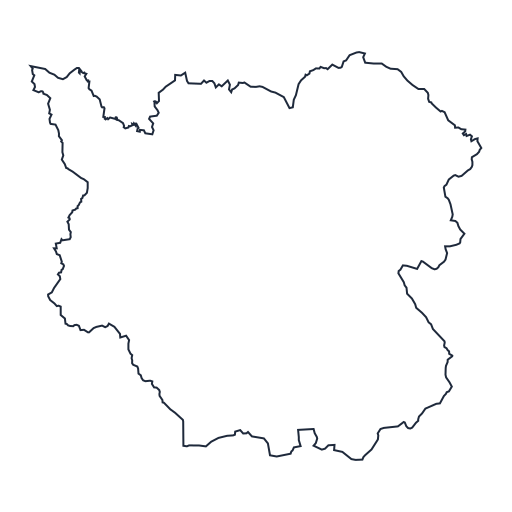 outline of Oke Ta Ra, Mandalay, Myanmar
{"feature_id": "60261553B97058697426989", "entity_name": "Oke Ta Ra", "entity_type": "district", "adm_level": 2, "iso_a3": "MMR", "parent_name": "Myanmar", "parent_adm1": "Mandalay", "projection": "natural_earth1", "projection_center": [96.134, 20.038], "detail": "fine", "context": "isolated", "style": "outline", "palette": "slate", "viewbox_px": 512, "rotation_deg": 0, "n_neighbors": 0, "source": "geoboundaries", "source_scale": "gbopen_adm2", "svg_char_len": 5857}
<svg xmlns="http://www.w3.org/2000/svg" viewBox="0 0 512 512"><path d="M65.5,323.7L66.8,324.0L68.1,325.4L70.1,326.0L73.3,326.2L74.4,325.1L76.6,324.8L78.9,325.8L80.5,330.1L84.0,329.8L87.9,332.3L89.1,332.3L93.6,328.1L96.4,326.9L102.1,325.6L105.2,327.2L107.6,326.0L108.9,323.6L114.4,326.8L120.0,333.9L120.3,337.5L126.1,335.7L129.1,340.1L128.4,343.6L128.4,349.4L130.5,353.7L132.2,355.1L131.6,358.1L132.2,360.3L132.1,363.2L133.2,364.8L137.3,366.5L138.1,368.5L138.5,373.6L140.8,375.3L141.6,378.1L143.1,380.3L145.4,381.2L150.1,380.7L152.3,381.4L151.9,383.9L154.1,387.4L156.6,387.6L159.2,390.0L159.8,391.9L159.4,394.0L159.6,395.9L162.4,400.0L162.6,402.4L163.9,402.7L170.3,409.3L175.1,412.8L182.9,419.9L183.2,421.5L183.4,445.8L186.9,446.3L189.1,445.4L199.3,445.5L205.9,446.4L211.2,441.7L218.5,437.9L227.1,435.8L233.1,435.4L234.9,434.7L235.2,431.6L240.2,430.1L243.2,433.5L246.5,433.3L248.0,432.0L251.9,436.4L263.9,438.4L267.9,443.4L270.0,455.3L276.7,456.5L290.6,453.7L291.3,451.5L292.6,450.4L293.9,447.4L300.6,446.1L298.8,440.1L298.8,437.1L298.1,429.9L313.6,429.0L314.7,433.2L316.8,436.9L317.2,438.6L315.8,443.1L313.6,445.7L321.8,449.6L325.0,448.7L328.4,445.3L334.5,444.9L334.1,450.1L342.4,451.9L351.4,459.1L355.6,459.9L362.4,459.6L363.4,457.1L365.0,455.3L371.5,449.5L377.3,440.4L377.9,439.4L378.3,435.4L377.7,433.4L380.5,429.0L383.9,427.9L397.9,426.4L403.7,422.0L404.8,422.5L406.3,426.2L408.1,428.1L410.3,428.5L412.2,427.6L416.0,422.7L418.2,420.8L418.2,419.3L419.0,416.5L422.0,413.5L425.4,408.6L436.3,403.8L439.9,403.4L443.9,396.0L445.9,393.9L446.7,392.2L448.9,391.4L451.8,386.6L449.5,382.3L446.1,377.4L445.5,374.7L445.7,367.9L446.0,365.8L447.6,362.1L447.7,359.7L452.2,356.3L452.3,355.6L449.2,353.8L449.1,351.5L448.6,350.8L447.8,350.4L446.5,348.2L444.5,347.1L444.1,345.5L444.7,342.6L444.5,341.3L432.9,329.0L431.1,324.3L428.6,322.3L426.1,317.2L422.0,312.8L416.2,307.8L415.2,304.2L411.9,298.5L407.1,293.7L406.5,287.7L404.7,285.4L403.8,282.2L398.4,273.3L398.7,271.0L400.4,269.7L402.9,265.4L406.9,265.8L417.1,268.9L421.4,261.1L422.9,261.6L431.8,268.2L434.6,269.3L436.6,268.8L438.3,267.3L439.4,265.2L444.0,261.7L445.5,259.6L447.1,253.1L445.6,249.1L445.1,246.3L450.0,246.3L456.3,244.8L459.6,243.4L460.2,242.4L460.5,239.0L464.4,233.7L460.2,229.5L458.4,226.1L457.4,222.8L455.4,221.0L450.8,220.3L452.3,216.7L452.7,214.4L450.5,204.3L448.8,199.8L447.7,198.3L445.4,196.7L443.8,187.5L444.6,186.0L446.4,184.7L448.8,179.5L453.7,175.6L455.3,175.1L458.5,176.7L461.6,175.9L467.9,170.4L470.2,169.1L471.8,166.9L472.4,165.1L472.4,161.8L471.7,159.3L471.9,157.2L476.9,154.2L479.1,151.8L479.7,149.9L481.3,148.0L477.4,141.2L477.6,138.4L474.9,139.1L471.4,141.2L470.9,139.3L471.9,136.3L470.0,134.7L466.6,136.0L466.1,134.0L463.9,135.2L462.8,133.5L465.2,131.4L465.4,129.6L461.2,129.2L458.4,127.5L455.1,127.7L454.9,125.3L448.2,120.3L444.6,112.2L441.9,110.9L440.6,111.5L435.9,107.5L431.7,103.4L431.3,102.4L429.2,101.9L428.1,98.8L428.4,95.0L427.8,92.8L424.2,89.0L418.4,89.0L412.5,85.0L407.4,80.6L403.7,76.3L401.2,71.9L397.6,69.2L390.5,68.7L386.3,66.8L381.7,63.5L373.3,63.5L365.2,62.7L363.2,57.2L364.9,53.5L359.2,52.1L356.5,52.5L349.6,55.2L346.1,60.4L343.6,61.4L341.8,66.9L340.6,67.7L338.5,67.9L332.3,64.6L327.6,69.2L326.1,68.1L324.1,68.2L320.6,66.9L319.4,68.5L315.9,68.4L313.3,70.1L309.9,71.3L309.4,73.6L306.8,75.3L305.6,74.7L305.0,76.8L301.1,80.3L298.6,84.1L295.9,95.2L293.8,99.7L292.8,107.3L289.5,108.1L283.8,97.1L275.4,92.6L271.1,91.5L262.5,86.9L259.6,86.3L255.9,86.9L250.6,86.7L244.4,82.5L242.9,83.0L238.8,82.6L238.1,85.0L234.5,88.4L232.1,89.5L231.2,92.2L229.0,89.4L229.9,84.7L227.8,80.5L221.7,86.3L218.9,84.4L215.8,87.4L214.4,83.3L212.3,81.0L209.5,81.0L206.4,82.7L204.0,80.5L201.0,83.8L188.5,83.3L187.0,80.9L185.2,72.7L180.9,75.5L175.2,74.9L175.0,80.4L165.7,86.7L163.0,89.6L158.7,92.8L159.0,101.0L156.9,103.2L155.9,101.6L154.9,101.2L154.1,101.5L154.9,103.1L154.5,103.6L154.7,106.5L157.5,110.2L158.7,112.8L156.8,115.7L150.1,116.6L149.1,118.9L153.2,123.4L152.0,127.0L153.6,130.3L152.3,134.3L145.3,133.3L143.9,130.3L140.0,129.9L139.8,131.7L137.1,131.1L137.5,129.1L138.5,127.8L136.3,123.6L135.7,123.6L135.6,125.6L133.9,123.4L133.5,124.6L132.2,123.9L132.5,125.2L130.1,126.3L128.9,126.0L128.4,127.5L125.3,128.4L123.7,127.2L124.1,125.9L123.0,123.1L118.9,120.3L116.8,119.8L117.1,118.3L116.5,117.3L115.7,117.3L115.2,118.9L110.1,117.5L108.1,119.2L107.3,118.1L105.6,119.4L104.7,118.7L104.9,117.1L103.3,116.9L104.5,108.3L103.8,107.2L102.2,107.4L101.5,106.6L99.7,99.4L96.7,96.6L94.9,95.8L93.7,96.0L91.5,90.6L89.4,89.3L88.6,88.1L89.4,81.5L88.0,81.5L88.1,80.4L86.8,80.4L84.7,76.4L86.3,73.8L84.8,73.4L84.4,72.6L83.3,73.1L80.6,71.2L79.6,71.9L79.6,73.3L78.9,72.6L79.2,69.8L80.4,69.9L78.9,68.0L76.9,68.0L74.5,69.6L69.7,73.3L66.7,77.1L62.9,79.2L58.0,77.8L54.4,74.7L49.4,72.7L45.2,69.0L30.7,66.1L32.7,68.6L32.1,70.1L32.8,74.1L34.3,75.3L31.8,81.5L34.5,84.1L35.0,87.0L33.4,90.1L38.7,92.3L41.0,91.2L42.5,91.4L43.2,92.4L43.4,93.7L46.9,95.0L50.3,98.2L48.1,103.7L49.9,109.8L49.2,113.4L51.5,114.6L49.5,118.9L50.0,122.6L50.6,123.9L55.5,124.6L58.3,130.2L59.0,133.7L58.9,136.2L61.9,140.2L61.2,141.5L62.6,142.9L62.4,152.2L63.3,155.4L61.8,159.6L64.8,164.1L66.2,168.0L67.6,168.3L68.3,169.1L72.6,171.6L81.1,178.0L83.8,179.2L87.7,182.2L87.7,188.1L86.9,192.8L84.4,195.4L83.1,195.5L82.4,198.0L81.1,198.9L81.3,201.7L80.0,202.4L78.7,205.1L77.6,206.1L77.6,208.2L76.2,208.5L75.3,209.6L72.5,210.5L72.2,212.3L69.7,215.0L68.4,217.6L69.6,218.3L69.7,219.5L67.4,221.7L68.7,224.2L69.0,229.7L70.8,232.1L70.4,234.2L70.7,237.2L69.7,239.2L62.5,240.3L61.5,239.2L60.2,242.8L55.8,243.6L56.7,248.3L54.0,248.3L56.0,251.5L56.8,254.1L59.7,255.2L61.8,261.7L61.3,263.3L63.3,264.3L64.0,265.9L62.7,269.2L61.6,269.8L61.1,272.4L59.0,272.7L57.9,274.4L59.8,276.2L60.3,279.1L54.1,287.9L51.8,292.4L48.1,294.5L48.2,296.3L50.2,300.1L54.4,303.4L56.8,306.1L58.6,305.7L60.7,306.6L60.7,315.0L64.9,318.5L65.5,323.7Z" fill="none" stroke="#1e293b" stroke-width="2"/></svg>